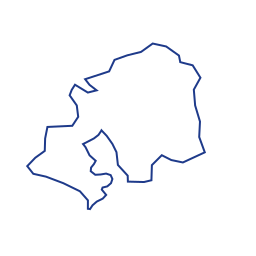 an SVG outline of Criuleni, rotated 111°
{"feature_id": "MDA-1634", "entity_name": "Criuleni", "entity_type": "District", "adm_level": 1, "iso_a3": "MDA", "parent_name": "Moldova", "parent_adm1": "", "projection": "equal_earth", "projection_center": [29.094, 47.155], "detail": "fine", "context": "isolated", "style": "outline", "palette": "blue", "viewbox_px": 256, "rotation_deg": 111, "n_neighbors": 0, "source": "natural_earth", "source_scale": "10m", "svg_char_len": 1098}
<svg xmlns="http://www.w3.org/2000/svg" viewBox="0 0 256 256"><g transform="rotate(111 128 128)"><path d="M60.4,154.7L52.3,143.1L40.3,135.2L38.2,121.6L42.1,106.4L47.8,102.8L46.3,90.1L55.1,78.4L68.6,80.3L82.9,73.4L96.2,63.1L110.9,58.3L123.2,47.6L140.5,64.4L142.4,76.1L141.3,86.7L154.1,92.4L168.4,87.4L172.7,93.7L178.1,108.9L172.6,111.2L166.1,124.2L154.7,130.1L148.5,136.8L143.0,145.0L139.7,151.9L139.9,151.9L145.1,153.1L150.0,156.1L157.2,162.5L159.1,164.2L161.1,160.8L167.3,154.1L170.2,146.4L173.9,146.9L178.2,148.3L181.7,147.3L183.4,141.8L181.2,136.9L178.4,132.1L178.2,127.3L181.2,124.3L185.6,124.1L189.9,126.4L190.0,126.5L192.7,130.4L192.8,130.4L194.9,130.4L198.3,124.4L202.8,126.2L203.0,126.3L207.9,130.8L208.1,130.9L212.8,133.4L217.3,134.4L217.3,134.5L217.8,136.5L209.9,139.5L204.3,150.2L202.7,168.6L202.8,187.1L204.7,200.0L199.7,208.4L189.0,203.9L179.2,197.5L167.5,201.6L155.9,203.6L145.9,180.8L135.4,178.5L125.3,183.9L118.4,194.2L112.6,194.2L106.6,193.0L109.3,178.2L104.1,170.8L101.5,179.4L97.8,185.5L81.9,165.9L69.2,165.0L60.4,154.7Z" fill="none" stroke="#1e3a8a" stroke-width="2"/></g></svg>